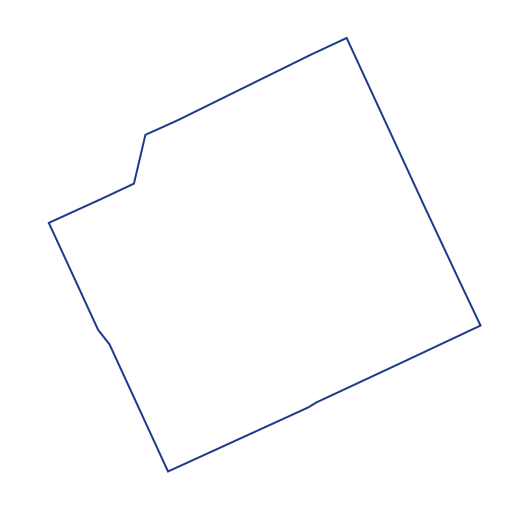 Panola, Mississippi, United States of America, rotated 65°
{"feature_id": "52423323B80158894867662", "entity_name": "Panola", "entity_type": "district", "adm_level": 2, "iso_a3": "USA", "parent_name": "United States of America", "parent_adm1": "Mississippi", "projection": "equal_earth", "projection_center": [-89.93, 34.357], "detail": "fine", "context": "isolated", "style": "outline", "palette": "blue", "viewbox_px": 512, "rotation_deg": 65, "n_neighbors": 0, "source": "geoboundaries", "source_scale": "gbopen_adm2", "svg_char_len": 408}
<svg xmlns="http://www.w3.org/2000/svg" viewBox="0 0 512 512"><g transform="rotate(65 256 256)"><path d="M414.3,401.1L415.3,272.6L414.2,262.8L414.2,175.1L414.2,173.0L413.9,81.9L366.8,82.2L319.9,82.3L284.7,82.4L96.7,81.7L96.7,119.9L99.9,270.6L99.4,305.0L138.8,336.0L138.9,371.5L138.4,429.8L149.2,429.8L256.2,430.3L274.2,426.1L414.1,426.8L414.3,401.1Z" fill="none" stroke="#1e3a8a" stroke-width="2"/></g></svg>